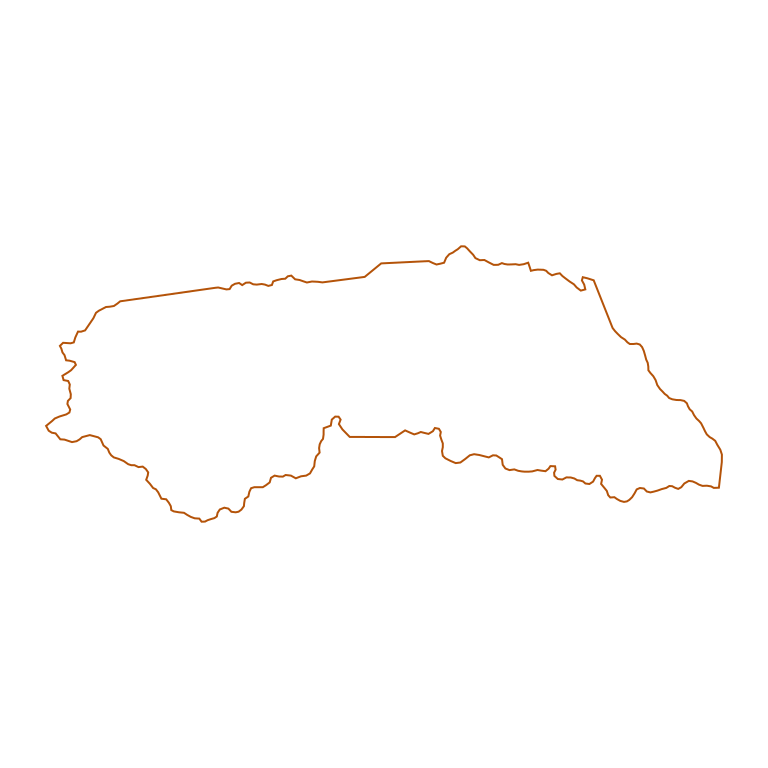 Medeiros Neto, Bahia, Brazil
{"feature_id": "56859067B99293753534510", "entity_name": "Medeiros Neto", "entity_type": "district", "adm_level": 2, "iso_a3": "BRA", "parent_name": "Brazil", "parent_adm1": "Bahia", "projection": "mercator", "projection_center": [-40.264, -17.364], "detail": "fine", "context": "isolated", "style": "outline", "palette": "amber", "viewbox_px": 768, "rotation_deg": 0, "n_neighbors": 0, "source": "geoboundaries", "source_scale": "gbopen_adm2", "svg_char_len": 4604}
<svg xmlns="http://www.w3.org/2000/svg" viewBox="0 0 768 768"><path d="M718.9,487.7L721.8,462.1L721.9,454.6L720.3,449.7L717.3,444.8L715.2,440.8L712.3,438.6L709.7,437.1L706.8,434.4L705.0,431.2L703.5,428.0L701.1,423.3L699.1,421.0L696.4,418.5L694.0,415.1L692.2,411.5L689.7,409.3L688.0,406.3L686.9,403.3L684.2,400.9L680.5,400.1L676.5,400.0L672.3,399.3L669.1,398.0L667.2,395.7L664.7,393.9L662.6,391.6L660.0,389.0L657.3,385.1L655.6,380.1L653.3,376.2L650.5,373.1L648.4,370.3L648.3,366.6L647.7,362.8L646.2,359.6L645.1,355.4L643.8,350.9L642.1,347.1L639.8,344.5L636.7,343.6L633.5,344.0L629.8,344.0L627.4,342.3L624.9,339.6L621.0,337.1L617.9,334.1L615.1,331.2L612.6,328.0L593.7,280.3L587.4,278.3L582.8,277.2L581.9,280.4L584.2,284.6L585.3,289.4L580.8,290.6L576.7,287.5L573.9,284.3L569.6,281.5L565.2,278.2L562.4,276.0L559.8,273.3L556.4,273.9L552.0,275.3L548.3,273.0L546.2,270.8L543.5,269.8L540.7,269.7L537.7,269.6L533.8,270.1L530.9,270.8L529.7,267.1L528.2,262.7L523.7,264.2L519.1,264.9L515.6,264.2L511.6,264.4L507.8,264.5L504.5,264.0L501.9,263.1L498.2,264.8L493.7,264.9L488.8,262.4L484.4,260.0L479.8,260.2L475.4,258.1L473.2,254.8L470.1,251.6L467.1,248.3L464.8,246.4L461.1,246.3L457.8,249.2L455.4,250.7L452.8,252.6L449.3,254.2L446.2,257.7L444.1,262.7L440.3,263.7L436.5,264.5L432.8,263.0L428.9,261.1L424.2,261.3L381.2,263.4L364.7,276.9L322.4,282.4L317.9,281.8L312.0,281.5L306.9,282.5L303.3,281.3L299.6,280.0L295.1,279.3L291.3,275.6L287.8,276.3L285.3,278.7L281.5,279.0L276.7,280.2L273.2,281.4L271.9,285.0L268.3,285.9L265.0,284.6L261.7,284.0L256.8,284.6L253.2,284.3L249.7,282.5L245.9,282.7L242.2,285.1L239.1,283.0L235.0,283.8L231.7,285.7L229.6,289.1L226.4,289.4L222.5,288.5L218.2,287.5L215.3,287.8L120.2,301.3L117.5,303.5L113.9,306.0L109.8,306.7L106.0,307.0L98.9,310.7L96.0,312.8L93.4,318.2L85.1,330.4L81.0,331.7L78.0,331.6L75.3,337.5L73.8,342.4L70.6,343.3L63.1,342.8L59.9,345.9L61.3,348.5L62.5,352.5L64.5,355.1L66.1,360.3L69.6,360.7L74.6,362.1L75.9,364.9L71.1,370.2L68.3,372.2L62.4,375.8L63.6,380.1L68.2,381.0L69.8,384.5L69.3,388.7L70.8,394.2L70.6,398.1L67.9,400.9L67.4,404.0L70.2,409.5L69.4,412.5L66.3,414.4L59.5,416.5L54.8,418.5L52.1,421.0L46.1,425.9L48.7,430.7L51.8,432.7L55.6,433.4L60.3,439.3L64.5,439.6L72.0,442.1L76.6,441.2L79.6,439.4L82.2,437.1L89.8,435.1L98.1,437.3L100.7,439.2L103.5,445.5L107.8,448.9L109.3,452.6L111.2,455.3L113.8,457.4L118.7,458.9L123.8,461.1L128.2,464.2L131.3,465.2L134.5,465.2L138.5,467.1L142.7,466.6L145.8,469.0L148.2,472.4L147.7,475.6L146.2,479.8L149.9,483.8L153.1,488.0L155.9,489.3L158.2,492.3L161.4,498.7L166.2,499.3L168.9,502.8L170.8,506.2L171.3,510.1L173.8,511.4L179.0,512.3L184.0,512.8L187.2,514.9L190.8,516.9L194.7,518.3L199.3,518.6L201.6,521.7L205.0,521.6L207.6,520.2L210.9,519.1L214.4,518.1L216.8,516.5L217.6,512.8L219.8,509.5L224.3,507.7L228.4,508.6L231.4,511.8L235.7,512.3L238.6,511.7L241.4,509.6L243.9,506.2L244.2,503.0L244.9,498.8L248.3,496.5L249.4,491.7L251.1,488.2L254.3,487.2L258.8,487.2L262.8,487.2L266.0,485.2L269.7,482.4L271.0,477.8L274.6,475.6L278.9,476.5L282.9,476.6L285.6,475.0L290.9,475.6L295.8,478.3L301.0,476.3L306.2,475.6L310.0,473.4L312.2,469.5L314.2,466.4L314.8,461.0L316.2,456.4L319.6,452.6L319.1,448.1L319.7,444.3L321.2,441.1L323.0,438.9L323.6,434.6L323.6,431.2L323.7,428.2L327.0,427.0L330.8,425.6L331.8,419.6L335.2,416.6L338.6,416.7L340.6,419.6L338.9,424.1L342.4,429.4L349.7,436.9L395.0,437.1L405.1,430.4L410.9,433.0L414.2,434.4L417.8,433.3L420.8,432.0L423.9,432.8L428.5,433.9L432.9,431.2L434.9,428.0L438.9,428.8L440.8,432.0L440.1,435.6L441.4,439.7L442.8,443.4L442.8,447.2L442.0,451.0L442.8,455.8L445.4,458.3L450.7,461.0L455.7,463.1L460.4,462.5L465.2,459.0L469.8,455.3L474.1,454.2L479.3,455.0L484.4,456.3L488.8,457.4L493.0,455.3L496.3,455.5L499.6,457.6L502.0,459.2L502.7,464.8L505.4,468.5L509.5,470.1L514.3,469.4L518.2,470.8L521.7,471.4L524.9,471.7L528.2,471.7L532.2,471.4L537.5,470.0L541.0,470.6L545.5,471.2L548.6,468.7L550.4,466.1L555.1,466.3L555.6,469.7L554.1,472.7L554.4,475.9L557.8,479.0L562.4,479.5L566.4,477.4L570.8,477.5L574.4,478.5L577.2,480.2L580.2,480.6L583.0,481.4L585.4,483.5L589.4,484.0L593.1,481.6L594.9,478.2L596.6,475.8L599.9,475.8L602.0,479.7L601.1,483.9L604.3,487.8L606.8,490.9L608.2,495.2L610.3,497.5L614.4,497.2L616.9,499.0L620.3,500.9L624.0,501.9L626.9,501.4L629.3,499.9L632.1,497.2L634.6,493.3L636.7,489.4L639.9,488.0L643.9,488.5L646.8,491.5L650.4,492.4L653.5,491.7L657.5,490.6L661.7,489.1L666.3,487.9L669.3,486.0L672.2,486.2L674.9,487.7L678.2,488.9L681.3,487.2L684.3,483.5L688.8,480.9L692.5,481.4L696.0,482.9L698.9,484.6L702.5,485.9L706.9,485.7L711.1,486.4L713.8,487.9L718.9,487.7Z" fill="none" stroke="#b45309" stroke-width="2"/></svg>